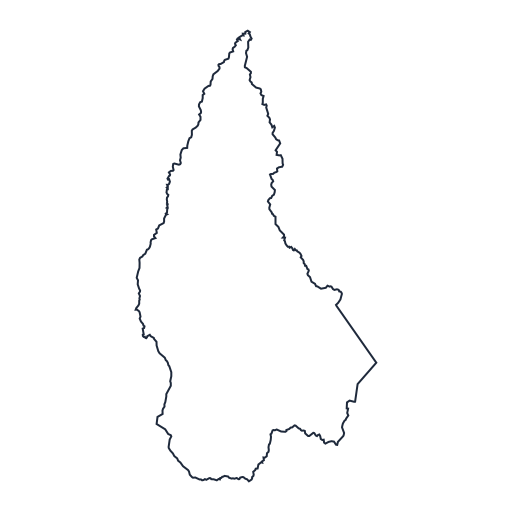 Campinápolis, Mato Grosso, Brazil (Natural Earth projection)
{"feature_id": "56859067B49956059749478", "entity_name": "Campinápolis", "entity_type": "district", "adm_level": 2, "iso_a3": "BRA", "parent_name": "Brazil", "parent_adm1": "Mato Grosso", "projection": "natural_earth1", "projection_center": [-53.146, -14.256], "detail": "fine", "context": "isolated", "style": "outline", "palette": "slate", "viewbox_px": 512, "rotation_deg": 0, "n_neighbors": 0, "source": "geoboundaries", "source_scale": "gbopen_adm2", "svg_char_len": 6050}
<svg xmlns="http://www.w3.org/2000/svg" viewBox="0 0 512 512"><path d="M249.8,32.1L247.7,30.7L245.3,32.0L245.3,33.7L242.9,33.7L243.5,35.5L242.2,35.4L239.1,37.4L240.1,39.5L237.6,38.5L236.9,39.6L237.8,41.0L235.4,42.7L235.0,43.8L235.8,45.3L234.6,46.8L233.0,47.9L232.6,49.2L233.2,51.4L230.0,52.5L229.3,53.4L228.9,57.4L228.4,58.7L225.0,59.8L224.3,60.5L223.9,62.1L220.6,64.0L219.1,64.1L218.4,64.9L218.6,66.0L219.5,67.1L219.5,68.6L217.7,71.0L213.4,74.3L212.7,76.3L212.5,78.9L210.7,81.5L210.5,84.8L209.8,85.9L208.5,85.9L204.6,88.6L203.0,91.2L204.3,93.8L202.7,95.0L202.7,98.1L201.9,101.6L200.2,102.2L199.0,104.4L198.9,106.4L200.8,110.2L201.1,112.0L200.8,113.1L199.1,114.5L200.5,116.8L200.5,119.9L198.5,122.4L198.3,124.5L197.6,125.8L195.7,127.6L192.6,129.4L191.8,130.7L191.9,134.8L191.2,137.3L189.5,138.2L188.3,141.3L187.3,145.6L187.2,147.9L183.4,148.3L181.8,150.0L180.4,154.5L180.7,157.7L180.0,160.2L180.8,163.0L180.2,164.2L178.9,164.7L174.3,163.5L173.2,164.0L172.8,166.8L173.6,170.0L172.9,170.8L170.9,170.9L168.9,172.4L170.1,174.5L169.9,175.5L169.1,175.9L167.5,178.6L168.0,179.6L169.1,179.2L169.9,181.7L169.1,183.9L168.1,184.8L167.1,184.8L167.8,186.4L166.9,187.4L167.8,187.8L167.8,189.3L166.9,189.4L166.5,192.5L167.3,194.1L168.3,194.9L168.0,196.3L167.0,197.6L166.8,199.3L167.2,201.9L166.9,203.1L167.7,204.1L167.0,204.8L167.5,205.8L167.5,206.9L166.7,207.8L167.7,208.2L167.2,209.4L167.0,212.4L165.9,213.6L167.1,214.3L165.9,214.9L164.1,218.5L164.1,221.6L163.6,223.1L159.2,225.4L158.0,228.5L156.2,229.5L156.8,232.9L154.0,234.9L154.0,236.4L155.4,238.1L151.9,239.3L151.1,240.1L150.6,242.3L150.7,243.7L149.9,246.8L149.1,248.2L148.1,249.3L146.9,249.7L145.3,253.7L143.2,255.1L142.4,256.5L140.1,257.8L139.3,259.5L139.6,262.9L139.5,268.0L138.2,271.4L136.7,277.8L138.0,280.3L137.7,284.3L139.1,288.6L140.1,290.5L140.0,291.6L138.8,293.4L140.0,296.0L139.4,298.4L139.7,299.6L139.2,300.7L139.2,303.7L138.4,305.5L136.3,308.0L135.7,309.7L136.9,309.6L138.9,311.1L139.6,312.2L140.5,316.6L139.7,318.6L141.0,321.6L143.0,323.9L143.5,325.6L144.5,326.3L144.1,328.0L142.7,328.6L143.7,334.3L142.8,334.7L142.9,336.0L143.7,336.9L144.8,336.7L145.4,337.9L146.2,338.2L146.9,337.4L147.3,336.2L149.8,334.8L150.7,336.2L153.8,337.9L154.1,339.0L156.5,341.8L156.6,345.5L158.3,351.2L159.6,353.3L164.8,357.7L165.8,360.2L166.8,361.0L167.8,362.7L168.4,365.2L169.3,366.2L171.3,372.2L171.3,376.2L170.2,381.3L170.8,383.0L170.8,385.8L166.3,394.1L166.3,396.5L165.3,402.1L164.4,404.3L164.5,406.6L163.0,408.8L162.5,410.5L162.6,414.0L157.5,416.9L156.6,424.0L165.2,429.3L168.2,434.0L170.8,435.2L171.3,436.4L169.7,439.5L168.6,447.0L168.8,448.1L170.4,450.7L172.9,453.4L174.3,456.1L177.2,458.4L178.1,460.7L180.4,462.5L183.0,466.2L188.1,470.1L189.0,471.5L189.8,474.7L192.1,477.2L193.0,477.7L195.3,477.5L199.6,479.5L200.9,479.4L202.1,480.3L203.6,480.0L204.9,479.1L206.3,479.8L209.4,478.1L210.5,478.2L211.3,479.2L213.7,479.3L216.8,480.3L218.6,479.0L219.9,479.4L220.2,478.0L221.3,477.9L222.2,476.8L223.4,476.6L224.5,475.9L228.1,476.5L229.0,477.7L231.7,478.6L232.9,478.3L234.4,478.7L236.7,478.0L238.5,479.2L239.4,479.1L240.2,477.6L242.4,477.0L243.5,477.2L245.3,478.7L247.1,479.3L248.9,481.3L249.7,480.8L251.5,479.6L252.1,478.5L252.1,477.1L253.4,475.9L253.7,474.6L253.2,471.8L255.2,470.1L255.7,468.7L257.6,468.5L258.4,464.5L261.2,462.3L262.2,462.6L261.9,461.5L263.9,460.2L263.5,457.5L264.7,457.7L266.7,456.3L267.0,453.2L268.5,451.8L268.8,450.1L268.5,447.2L269.0,444.4L269.8,443.8L270.7,440.0L271.0,436.8L270.5,434.3L271.4,433.7L272.6,430.4L273.6,430.0L274.8,430.3L276.7,429.5L281.1,431.5L285.3,431.8L286.4,431.1L286.4,430.0L289.2,429.0L290.6,427.6L292.2,427.4L294.5,425.4L295.6,425.6L298.7,428.4L300.1,428.8L300.9,430.1L301.9,430.7L303.6,430.5L304.8,430.9L305.2,433.4L308.1,436.0L309.3,436.0L313.3,432.8L314.3,433.1L315.8,435.5L317.0,436.1L318.0,435.0L319.3,434.5L320.2,436.1L320.8,439.0L322.3,440.0L323.7,439.7L324.1,442.6L325.4,443.6L328.6,441.9L331.5,441.2L334.0,441.6L336.0,444.7L337.2,444.9L337.9,441.9L343.3,436.0L343.7,435.0L344.1,433.0L342.0,427.3L342.4,425.4L342.9,423.5L344.5,420.7L345.7,419.8L346.1,418.6L348.3,415.5L347.2,413.0L348.1,408.6L346.7,408.4L347.0,402.4L349.6,400.6L354.2,401.8L355.1,401.7L357.6,384.1L376.3,362.7L336.5,305.9L336.0,304.9L338.1,302.9L340.4,299.5L341.9,293.9L341.5,292.7L340.7,291.7L339.2,291.4L339.0,290.3L338.1,289.6L336.9,289.3L334.4,289.9L333.0,289.1L331.5,286.7L330.6,286.3L329.6,286.6L327.5,285.7L325.8,287.8L321.0,288.7L317.4,286.4L316.1,286.2L315.0,283.8L311.5,281.7L310.0,277.1L307.9,275.2L307.4,273.8L308.8,270.7L308.4,269.4L307.4,269.0L306.2,265.8L305.1,265.8L304.7,264.1L303.7,263.1L303.7,261.4L303.1,259.9L300.7,257.3L301.5,256.0L300.5,253.9L299.5,252.7L297.2,251.3L296.8,250.4L295.7,250.2L294.8,249.0L293.8,250.4L293.0,250.0L292.4,248.4L291.2,246.9L289.6,247.7L289.2,246.7L287.9,246.8L286.7,245.5L285.4,243.5L284.9,241.1L284.2,240.4L285.0,237.7L282.9,237.6L284.1,236.3L284.0,234.6L279.8,230.4L278.4,226.9L275.5,224.1L275.5,216.7L273.8,215.8L273.0,214.2L272.0,213.7L271.8,212.5L269.4,209.2L269.3,207.7L270.2,204.4L267.9,201.5L268.3,200.1L269.9,198.2L271.2,198.0L272.2,195.8L273.9,194.7L274.7,192.1L274.9,190.0L271.5,186.6L271.2,184.7L271.6,183.1L273.2,181.3L272.6,179.8L271.6,179.0L270.0,174.5L270.9,174.0L273.1,173.9L274.3,172.7L276.2,172.1L277.3,171.4L277.0,168.5L278.9,167.3L282.2,166.7L283.1,164.8L282.6,163.3L282.5,158.8L280.8,155.2L279.4,155.4L276.6,154.9L277.0,151.8L275.6,150.3L280.2,143.4L279.1,140.5L277.8,140.3L276.1,139.2L275.3,137.5L272.6,134.3L272.6,132.9L273.9,130.9L274.9,127.6L274.2,125.9L272.3,127.3L271.4,124.6L269.6,122.4L270.0,119.4L269.3,117.7L267.4,115.8L268.2,113.9L266.2,107.5L266.7,105.7L266.1,104.4L264.2,104.9L262.4,104.1L262.8,102.4L262.8,98.8L263.6,96.0L261.4,95.1L260.5,93.4L261.3,91.7L260.8,89.3L259.8,88.5L256.1,87.6L251.9,84.0L251.7,82.5L250.3,81.4L249.6,80.1L250.5,77.1L249.9,74.5L250.9,73.1L250.9,71.8L246.7,68.1L244.9,67.3L244.8,65.9L247.1,56.8L246.0,53.1L246.4,50.7L247.4,50.1L248.3,47.6L248.1,41.8L249.7,39.5L250.8,39.9L251.6,38.6L250.5,36.7L249.8,34.3L248.7,33.4L249.8,32.1Z" fill="none" stroke="#1e293b" stroke-width="2"/></svg>